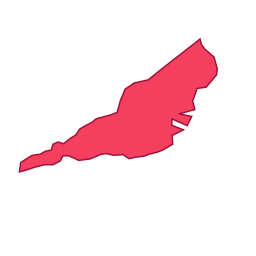 the district of Esteio, Rio Grande do Sul, Brazil, rotated 141°
{"feature_id": "56859067B79685081913464", "entity_name": "Esteio", "entity_type": "district", "adm_level": 2, "iso_a3": "BRA", "parent_name": "Brazil", "parent_adm1": "Rio Grande do Sul", "projection": "orthographic", "projection_center": [-51.16, -29.85], "detail": "fine", "context": "isolated", "style": "filled", "palette": "rose", "viewbox_px": 256, "rotation_deg": 141, "n_neighbors": 0, "source": "geoboundaries", "source_scale": "gbopen_adm2", "svg_char_len": 886}
<svg xmlns="http://www.w3.org/2000/svg" viewBox="0 0 256 256"><g transform="rotate(141 128 128)"><path d="M240.0,162.3L233.7,159.4L225.4,156.3L216.5,152.3L209.2,146.6L201.0,145.0L196.3,147.4L191.5,143.7L186.7,133.9L177.3,128.0L171.5,126.2L165.6,124.6L161.1,121.9L156.2,115.8L148.7,110.5L146.4,103.4L140.8,100.7L133.4,96.1L128.3,94.4L120.5,90.8L114.9,89.0L103.4,87.3L98.4,94.5L86.1,91.7L92.3,102.6L88.2,107.4L80.5,92.6L71.2,96.9L79.4,106.8L64.4,100.3L60.8,108.3L49.4,115.2L41.4,110.5L25.7,113.6L21.5,117.6L16.5,129.0L18.6,140.6L18.4,146.5L16.0,151.8L63.4,152.7L82.1,152.7L94.6,159.0L105.8,160.0L116.0,154.5L126.7,147.0L133.8,149.3L146.7,155.1L153.1,155.2L159.5,156.6L166.4,157.6L172.9,155.4L179.5,156.3L187.9,156.3L191.2,161.2L196.3,162.5L201.6,159.2L206.7,161.9L212.8,162.9L220.0,167.2L226.9,168.0L233.1,168.7L240.0,162.3Z" fill="#f43f5e" stroke="#9f1239" stroke-width="1.5"/></g></svg>